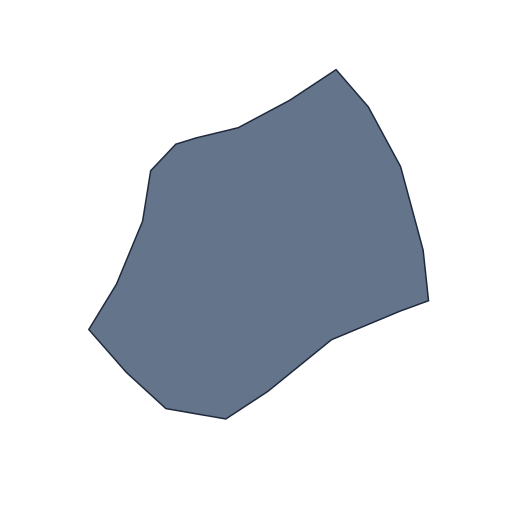 Mwene-Ditu, Kasaï-Oriental, Democratic Republic of the Congo, rotated 144°
{"feature_id": "63176286B28359889537852", "entity_name": "Mwene-Ditu", "entity_type": "district", "adm_level": 2, "iso_a3": "COD", "parent_name": "Democratic Republic of the Congo", "parent_adm1": "Kasaï-Oriental", "projection": "orthographic", "projection_center": [23.475, -6.987], "detail": "fine", "context": "isolated", "style": "filled", "palette": "slate", "viewbox_px": 512, "rotation_deg": 144, "n_neighbors": 0, "source": "geoboundaries", "source_scale": "gbopen_adm2", "svg_char_len": 456}
<svg xmlns="http://www.w3.org/2000/svg" viewBox="0 0 512 512"><g transform="rotate(144 256 256)"><path d="M142.7,118.4L117.4,162.4L109.0,184.3L86.5,243.3L77.5,310.6L81.7,359.7L137.3,362.2L195.1,370.3L234.4,386.5L255.1,393.6L291.1,386.9L326.3,351.8L327.3,350.8L385.3,315.3L434.5,294.8L429.3,238.0L418.6,185.5L394.5,160.7L376.2,141.9L326.0,139.5L244.1,143.9L172.1,126.8L151.7,121.0L142.7,118.4Z" fill="#64748b" stroke="#1e293b" stroke-width="1.5"/></g></svg>